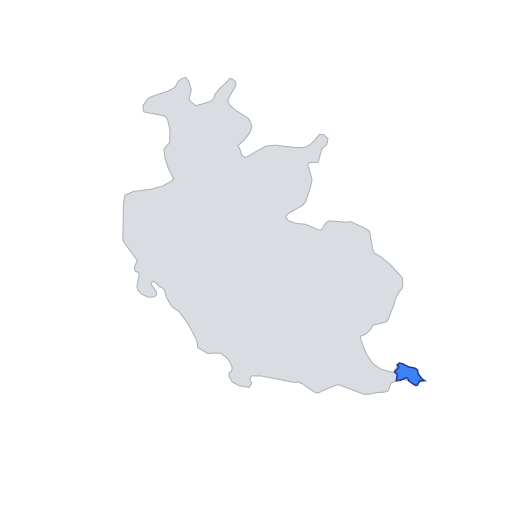 Switzerland, with Genève highlighted, rotated 241°
{"feature_id": "CHE-159", "entity_name": "Genève", "entity_type": "Canton", "adm_level": 1, "iso_a3": "CHE", "parent_name": "Switzerland", "parent_adm1": "", "projection": "albers", "projection_center": [6.105, 46.231], "detail": "fine", "context": "in_parent", "style": "filled", "palette": "blue", "viewbox_px": 512, "rotation_deg": 241, "n_neighbors": 0, "source": "natural_earth", "source_scale": "10m", "svg_char_len": 2897}
<svg xmlns="http://www.w3.org/2000/svg" viewBox="0 0 512 512"><g transform="rotate(241 256 256)"><path d="M363.9,164.2L366.5,165.7L372.8,170.9L371.8,180.3L365.6,195.6L362.5,207.9L362.4,217.2L363.3,221.6L364.6,221.4L371.2,221.8L374.5,221.7L385.2,223.7L393.8,227.0L395.6,230.8L397.0,235.5L407.3,241.5L419.1,245.1L423.0,243.6L436.5,227.7L442.2,229.9L446.0,237.7L446.1,242.0L443.0,258.3L442.8,267.0L446.5,272.5L447.1,277.0L446.3,281.1L440.6,281.8L432.7,280.0L425.8,273.3L420.9,274.4L416.7,276.4L414.9,283.1L413.3,291.1L414.2,295.4L417.4,298.6L420.2,305.7L422.4,314.9L423.9,319.1L422.5,321.0L418.5,322.5L415.1,321.4L408.6,310.6L405.6,306.5L400.9,306.0L392.8,309.1L380.4,315.9L375.2,316.1L370.8,315.0L366.5,309.9L362.6,299.9L361.3,293.6L358.9,293.9L350.7,292.4L347.0,295.0L347.4,305.4L347.2,318.4L343.4,326.9L332.6,341.8L328.7,348.3L327.2,352.9L327.0,356.8L329.0,363.6L331.6,370.0L329.7,373.8L323.8,375.9L319.3,372.1L317.5,365.2L307.9,355.9L311.8,347.7L311.0,345.7L295.7,342.1L289.0,336.2L279.5,325.8L277.6,321.3L277.6,306.4L276.9,302.8L275.7,301.1L271.3,301.4L265.2,306.7L259.8,314.6L248.3,323.6L247.2,325.5L251.3,333.8L251.2,337.1L242.0,350.9L240.3,355.4L228.4,364.1L222.9,367.4L205.9,361.5L201.3,360.9L193.8,365.2L183.2,369.3L166.1,373.5L159.8,370.7L156.8,368.0L155.2,364.0L150.8,356.8L145.9,352.5L142.5,347.9L138.0,342.8L135.1,338.6L138.8,324.9L135.9,320.1L134.4,313.3L135.1,308.7L133.6,307.5L118.2,305.0L105.5,305.9L96.3,310.5L88.9,318.1L88.0,319.7L88.5,321.1L92.2,328.0L85.9,335.4L76.2,341.1L69.3,341.6L66.3,340.5L66.2,332.7L71.9,329.8L77.0,324.7L78.7,317.4L79.4,312.4L74.0,306.2L74.6,302.5L78.0,295.3L79.9,289.0L82.5,283.6L93.1,274.6L103.7,265.6L105.3,256.1L106.0,244.5L107.5,241.7L121.7,234.7L125.3,231.9L127.0,228.0L138.1,214.9L149.0,201.9L151.2,197.5L153.0,195.0L153.0,192.9L151.6,191.3L146.4,190.2L144.5,186.2L150.2,178.8L157.2,174.2L164.2,174.1L167.0,176.1L166.9,178.5L169.9,181.1L175.1,181.9L181.6,180.9L188.0,178.0L191.9,171.5L194.1,166.5L204.1,160.7L211.0,163.4L230.2,163.7L244.1,161.9L252.7,157.8L263.6,157.6L270.9,159.5L272.2,159.1L274.1,158.6L276.1,156.5L282.8,154.9L283.7,153.1L283.4,151.4L282.1,150.5L273.8,151.7L270.5,150.4L269.6,147.4L272.1,141.9L278.2,137.3L283.4,136.1L287.2,137.1L296.6,145.0L298.9,145.2L300.1,143.7L302.0,142.8L305.2,144.3L309.0,149.2L309.6,150.0L330.1,147.4L334.7,147.3L349.0,155.6L363.9,164.2Z" fill="#d9dde1" stroke="#a8b0b8" stroke-width="1"/><path d="M74.1,329.4L74.6,329.3L76.5,328.8L76.9,327.9L76.8,326.8L76.8,325.4L77.4,321.9L77.7,321.0L79.0,318.2L79.8,318.9L83.7,322.1L87.3,320.9L87.5,321.4L88.3,323.5L88.3,324.0L89.2,326.1L89.5,326.6L90.4,327.1L91.8,326.4L92.4,326.7L92.9,329.5L90.7,331.9L85.2,335.5L80.8,340.7L78.0,342.1L75.1,340.8L71.2,341.0L67.3,341.9L65.2,343.1L66.4,340.4L67.0,339.2L67.3,338.1L65.8,336.2L64.9,334.5L65.2,333.0L67.3,331.7L72.5,329.2L72.8,329.1L73.6,329.3L74.1,329.4Z" fill="#3b82f6" stroke="#1e3a8a" stroke-width="1.5"/></g></svg>